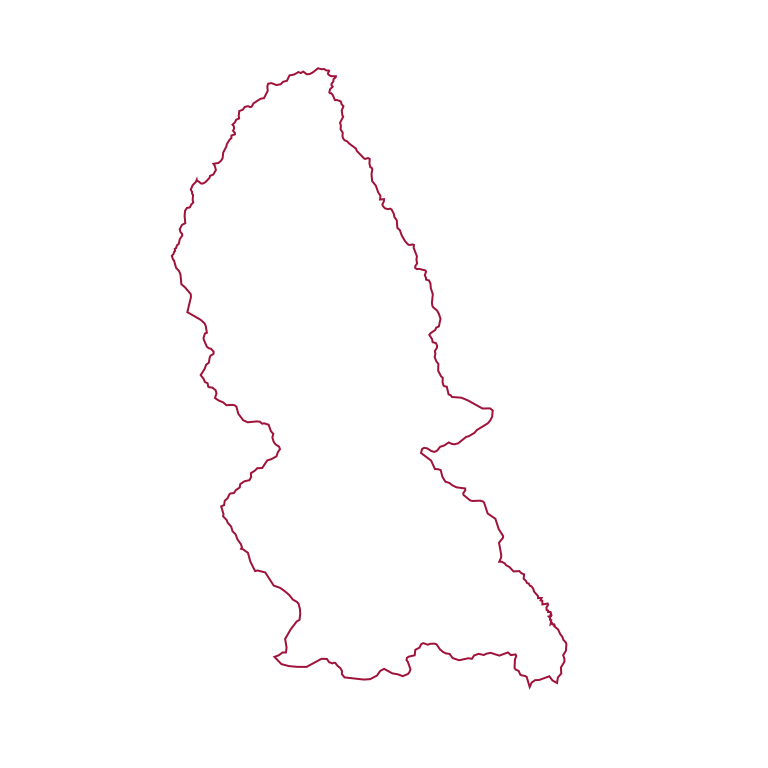 Andapa, Sava, Madagascar (Mercator projection), rotated 192°
{"feature_id": "10022922B40357207342555", "entity_name": "Andapa", "entity_type": "district", "adm_level": 2, "iso_a3": "MDG", "parent_name": "Madagascar", "parent_adm1": "Sava", "projection": "mercator", "projection_center": [49.555, -14.613], "detail": "fine", "context": "isolated", "style": "outline", "palette": "rose", "viewbox_px": 768, "rotation_deg": 192, "n_neighbors": 0, "source": "geoboundaries", "source_scale": "gbopen_adm2", "svg_char_len": 6152}
<svg xmlns="http://www.w3.org/2000/svg" viewBox="0 0 768 768"><g transform="rotate(192 384 384)"><path d="M559.8,653.6L560.0,650.9L558.7,646.6L560.8,638.7L564.1,637.3L570.0,631.4L571.2,627.6L572.5,627.0L574.7,627.5L577.8,626.1L579.2,622.8L582.3,621.0L581.9,616.1L580.9,613.6L583.5,611.8L584.3,608.8L586.1,606.1L584.5,604.9L583.7,602.7L584.3,600.2L582.1,598.7L581.7,597.2L584.9,595.4L584.4,592.8L585.8,590.9L587.6,585.9L587.6,583.5L589.4,576.9L588.8,571.4L589.8,568.5L591.9,565.8L596.6,563.9L595.0,562.4L592.9,558.3L594.6,553.3L597.4,551.5L597.6,549.2L600.7,544.2L603.1,542.3L604.8,542.1L607.4,543.6L609.1,543.8L609.6,544.9L610.0,542.6L612.5,538.7L613.4,533.8L611.7,532.1L611.2,530.1L610.1,529.3L609.4,524.0L608.3,522.1L609.9,519.3L610.6,516.4L613.4,515.2L614.6,512.0L614.0,507.0L611.8,500.0L614.7,497.6L616.0,492.8L614.5,490.1L612.8,489.0L612.2,487.2L613.9,483.1L613.9,478.3L615.4,476.6L615.6,473.7L616.8,472.7L616.0,470.7L616.8,469.7L616.9,467.5L618.2,465.3L616.3,462.0L615.0,461.0L611.6,454.5L607.9,451.8L605.9,448.9L602.9,439.4L598.9,437.3L591.7,431.7L590.9,428.8L591.3,413.4L576.8,408.7L572.1,406.0L570.5,403.8L567.9,397.3L569.7,396.1L570.1,391.8L569.7,390.2L565.1,383.7L562.7,382.5L560.5,382.5L557.3,380.1L557.1,377.9L559.5,375.7L560.0,374.2L559.8,368.3L562.0,365.9L562.5,361.7L565.2,354.6L561.4,351.4L559.7,348.8L556.7,348.0L555.4,344.9L554.6,344.5L551.1,344.8L547.4,342.9L545.9,340.0L546.4,335.1L542.0,333.4L537.6,332.6L533.7,330.5L527.8,332.1L525.6,332.1L523.7,331.2L520.3,324.6L514.2,319.3L509.4,318.2L500.5,321.0L497.6,321.3L494.9,319.8L493.2,320.6L488.4,320.2L484.8,314.3L481.9,312.2L482.1,308.5L479.9,304.5L477.4,302.3L473.6,300.9L472.2,298.6L473.6,295.4L474.2,290.8L478.7,287.0L482.3,285.0L485.7,276.5L490.4,275.3L492.3,272.4L495.7,269.0L494.6,265.4L495.7,261.9L500.2,259.9L503.8,256.2L503.6,252.8L506.7,249.6L508.2,246.1L511.4,245.0L512.3,244.0L513.2,239.8L515.5,236.7L515.2,232.3L517.8,230.4L513.9,223.3L513.9,221.1L509.6,218.2L507.9,215.6L503.9,212.8L501.4,208.3L498.0,206.2L495.1,201.6L490.6,197.5L489.0,194.7L489.5,193.1L487.9,193.1L482.0,190.6L477.8,182.5L471.2,174.2L468.8,175.3L461.0,175.0L450.0,163.9L443.3,163.0L438.6,161.0L432.8,157.9L428.4,154.2L424.0,152.8L421.9,151.3L419.5,146.5L418.2,142.1L417.6,135.7L420.0,133.6L424.2,124.8L427.7,114.1L424.5,105.9L424.1,101.0L427.4,100.3L430.5,96.8L434.4,94.3L426.1,88.7L418.6,88.3L410.6,89.2L400.9,91.2L388.0,102.2L382.7,103.2L379.9,100.5L376.3,100.0L375.2,100.9L373.7,101.1L370.8,98.6L367.7,97.1L365.5,94.7L364.9,91.5L361.6,88.8L342.3,90.7L336.2,92.4L330.2,97.4L328.1,102.5L324.7,105.4L315.7,102.7L309.9,102.9L305.0,102.1L300.3,105.3L299.2,107.5L298.8,110.5L303.0,117.3L304.6,118.6L304.6,120.9L303.1,122.5L297.6,125.0L298.1,130.5L294.5,133.5L293.5,137.3L291.7,138.7L286.9,138.1L284.8,139.5L280.7,140.5L278.5,140.3L274.1,136.1L270.6,134.2L267.7,133.4L263.7,133.6L259.9,130.2L253.1,129.4L244.4,133.3L240.9,133.5L239.4,137.2L235.4,139.7L230.0,139.7L227.6,141.6L223.8,143.2L214.7,142.3L207.0,147.2L203.6,145.2L199.1,146.8L198.1,145.5L198.6,141.6L197.3,133.5L195.9,132.1L192.6,131.3L190.4,128.2L189.4,127.7L185.2,127.7L183.5,127.1L178.5,117.9L177.5,122.6L174.7,125.7L170.6,126.8L161.5,132.5L157.5,129.0L152.6,127.5L152.9,133.1L150.4,137.7L152.0,143.5L149.8,149.9L150.3,152.5L152.4,156.0L150.6,160.8L151.4,167.0L152.3,168.9L155.3,171.0L157.0,173.8L159.6,176.0L162.8,180.2L167.1,182.4L166.8,183.4L167.6,184.3L168.8,183.8L169.8,185.0L171.1,183.6L171.3,187.8L172.6,187.9L172.8,189.5L174.5,190.8L172.3,191.7L172.1,192.6L173.2,193.0L172.9,194.4L173.7,195.6L176.1,195.1L176.3,196.5L177.9,196.7L178.7,199.3L177.6,202.0L178.3,203.3L183.2,201.3L184.1,204.9L185.9,204.9L185.4,207.4L188.8,206.6L189.2,208.5L194.2,212.3L195.4,214.7L197.8,216.8L199.4,217.0L200.8,218.8L202.8,219.1L204.2,220.9L206.9,222.5L207.4,227.0L210.1,227.4L212.8,229.1L218.4,227.6L223.1,231.0L226.9,232.1L228.7,233.7L232.0,234.6L234.3,234.1L233.4,238.4L233.7,241.0L238.5,252.6L235.7,258.3L235.8,260.0L241.6,265.9L247.0,275.3L255.7,278.9L261.4,288.8L262.9,289.7L265.6,289.9L272.9,288.0L275.6,288.1L283.2,292.0L283.8,293.8L282.4,296.8L282.9,298.7L291.7,298.0L296.6,299.3L299.3,300.8L303.6,301.2L307.6,305.4L310.6,311.5L313.1,311.9L316.5,311.4L322.0,318.9L333.4,324.2L333.3,328.1L331.6,329.9L328.3,330.0L323.9,328.3L320.8,328.0L318.2,329.8L316.0,334.3L312.4,336.3L308.5,340.3L305.3,339.5L302.4,339.7L299.1,341.4L292.6,349.4L290.4,350.4L285.4,355.0L283.7,358.2L274.3,367.1L272.4,370.7L271.4,374.5L272.2,380.8L275.3,382.2L282.6,380.5L298.5,385.4L305.5,386.7L314.9,385.4L316.3,386.8L318.7,387.3L322.0,394.4L324.7,394.4L325.7,395.2L327.1,397.9L327.8,402.2L329.9,403.5L333.8,408.3L335.0,414.9L337.5,417.0L340.0,420.8L340.0,424.3L341.1,426.7L339.7,430.8L340.0,432.4L341.7,434.8L345.1,435.0L346.4,438.0L349.9,441.5L349.1,443.3L345.1,447.5L344.7,449.9L342.3,451.7L342.3,459.6L344.7,463.7L347.4,466.9L351.8,469.2L353.0,470.6L354.0,473.4L354.9,481.9L358.2,487.6L359.4,491.8L361.4,494.6L364.6,494.9L365.0,496.6L366.7,498.8L366.2,502.6L367.1,503.7L373.6,503.9L375.8,503.2L377.7,504.1L377.9,505.9L376.7,508.8L378.2,512.7L378.3,515.7L383.3,523.3L383.7,526.3L384.7,526.5L388.2,525.2L389.9,525.7L393.3,528.3L397.5,532.9L400.4,537.7L403.4,539.5L405.5,546.7L408.6,549.6L409.9,552.7L412.9,556.3L414.4,556.8L416.5,555.9L419.5,556.0L422.2,557.9L422.9,559.2L422.1,562.7L422.4,564.8L426.2,563.6L426.6,567.3L429.7,570.5L433.2,576.3L437.8,580.0L439.8,586.5L440.1,591.7L441.2,593.1L442.4,593.2L444.0,596.4L444.8,601.2L446.7,601.7L449.2,600.2L450.4,600.5L459.0,606.3L460.4,608.4L468.3,612.1L470.5,613.7L473.2,614.2L475.0,615.7L476.1,617.7L476.6,621.1L479.5,624.3L479.9,627.8L481.3,630.3L479.5,637.0L480.6,638.2L482.2,642.8L481.4,647.2L483.6,648.8L485.0,651.4L488.8,652.0L491.0,651.5L494.4,656.2L496.1,657.4L497.3,657.2L498.1,657.8L498.1,661.1L496.0,664.1L497.6,665.6L497.7,666.8L496.5,669.3L496.7,671.8L495.0,674.0L495.0,675.0L500.1,674.1L502.8,675.2L503.5,676.1L502.7,678.7L503.3,679.2L505.7,678.7L508.1,679.7L510.4,678.9L514.2,679.1L518.4,674.0L521.1,671.8L523.8,670.9L528.0,672.8L530.0,670.9L532.6,671.3L536.3,668.0L540.6,666.2L542.0,660.4L545.6,658.6L547.4,655.7L551.3,654.1L556.8,654.9L559.8,653.6Z" fill="none" stroke="#9f1239" stroke-width="2"/></g></svg>